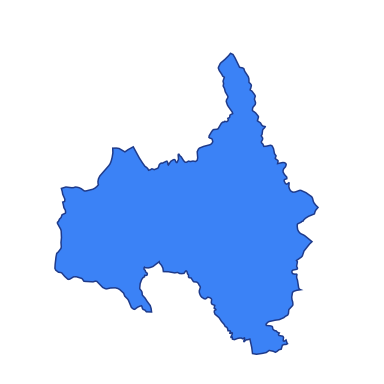 outline of Yen Bai, Yên Bái, Vietnam, rotated 13°
{"feature_id": "81297802B89523168412992", "entity_name": "Yen Bai", "entity_type": "district", "adm_level": 2, "iso_a3": "VNM", "parent_name": "Vietnam", "parent_adm1": "Yên Bái", "projection": "mercator", "projection_center": [104.898, 21.722], "detail": "fine", "context": "isolated", "style": "filled", "palette": "blue", "viewbox_px": 384, "rotation_deg": 13, "n_neighbors": 0, "source": "geoboundaries", "source_scale": "gbopen_adm2", "svg_char_len": 6056}
<svg xmlns="http://www.w3.org/2000/svg" viewBox="0 0 384 384"><g transform="rotate(13 192 192)"><path d="M319.2,318.3L318.3,317.4L316.9,315.0L315.4,316.7L314.5,316.6L314.2,315.9L313.9,313.1L313.2,312.3L312.7,312.1L308.9,312.2L308.3,311.4L308.8,309.7L307.0,309.5L305.0,308.3L303.9,308.5L302.0,307.7L301.6,307.3L300.7,305.3L300.1,304.9L298.5,304.8L294.5,305.3L294.0,304.7L294.0,303.8L295.0,302.1L296.0,301.0L301.9,298.2L305.8,296.7L309.7,293.8L310.9,292.2L312.9,290.4L313.3,288.8L312.8,284.8L315.6,279.9L315.6,278.8L314.9,276.6L313.6,274.3L312.8,271.9L312.5,267.2L313.7,265.7L316.2,264.2L319.8,262.8L318.6,262.6L317.5,261.4L314.6,254.2L313.4,252.3L312.9,250.5L312.9,249.0L312.4,248.5L310.1,249.0L308.5,248.9L307.5,248.0L307.2,247.0L307.3,246.2L308.0,245.3L311.6,243.7L311.9,243.2L311.9,242.5L310.6,240.8L310.4,236.3L309.2,235.2L313.2,230.8L313.9,229.5L314.4,224.3L318.3,216.1L320.1,213.4L312.1,209.4L310.5,208.8L307.6,208.2L306.0,207.5L304.5,206.2L303.4,204.9L302.2,201.7L301.9,199.8L302.3,199.1L305.2,196.8L305.4,196.2L306.9,195.2L307.0,194.3L308.4,192.1L311.0,189.5L316.2,185.8L316.3,183.4L316.7,181.8L318.3,178.7L315.7,177.1L313.4,175.2L312.4,174.0L310.8,170.9L309.7,169.7L303.2,167.0L297.6,165.9L296.5,166.2L292.5,168.8L290.3,169.5L287.8,168.7L286.2,167.0L285.1,164.9L284.6,161.3L284.2,161.2L283.1,162.6L282.4,163.1L281.1,162.7L279.4,160.7L279.1,159.8L279.3,159.1L281.4,157.7L281.0,156.2L278.1,154.1L276.3,152.1L275.9,150.6L276.1,148.8L277.4,146.4L277.6,144.8L277.5,143.7L276.6,142.9L275.0,142.6L273.4,143.0L269.0,145.1L268.9,142.4L268.4,141.9L266.0,140.9L265.5,140.4L265.8,137.9L263.7,136.0L261.7,131.5L259.9,129.3L259.3,128.9L257.9,128.8L254.0,130.7L251.7,131.4L250.4,129.5L248.7,128.4L248.3,127.7L248.3,127.2L248.9,125.3L248.9,124.2L248.5,123.3L246.8,121.7L247.3,120.0L246.9,116.0L247.1,115.0L248.5,112.6L248.6,111.8L246.2,111.8L244.9,111.1L243.2,109.3L239.7,107.9L239.9,104.2L239.7,103.4L236.3,100.7L234.4,99.8L233.5,99.6L232.4,98.7L232.2,96.0L233.9,92.6L233.9,91.1L233.7,90.4L231.9,87.5L232.1,84.3L231.1,83.1L227.7,80.2L225.8,79.6L225.6,78.7L225.9,77.7L225.9,75.0L225.6,74.3L224.5,73.3L222.9,72.4L222.0,69.0L221.0,67.1L216.2,62.5L214.7,60.1L213.3,59.7L210.3,59.8L203.7,51.6L201.0,48.8L198.3,48.2L197.1,50.8L194.3,55.3L191.2,59.4L190.6,60.5L189.7,64.6L189.8,65.4L191.3,67.6L194.7,70.8L195.8,72.2L197.7,72.9L197.3,77.0L198.4,79.2L198.5,81.7L200.3,83.8L201.9,86.9L205.5,90.8L205.7,92.0L204.9,94.5L205.0,96.1L206.9,99.2L208.2,100.6L213.2,105.0L214.0,106.5L211.9,108.2L211.7,108.9L211.9,110.6L211.4,111.4L210.3,112.2L211.2,113.7L210.8,114.9L210.0,115.7L207.9,115.8L207.6,116.1L207.3,116.8L206.2,117.0L205.1,118.5L203.2,124.5L202.3,125.2L199.0,126.3L198.4,126.9L197.5,128.9L196.1,133.3L196.2,135.0L197.4,135.5L199.0,135.6L199.8,136.1L200.9,138.2L200.8,139.1L200.1,140.7L198.9,141.9L193.0,145.0L189.4,147.5L188.6,148.8L188.0,151.6L189.9,157.5L189.9,159.9L189.3,160.7L188.5,161.5L186.0,161.6L183.6,162.7L181.6,162.7L179.9,164.3L178.8,164.5L178.1,164.3L176.6,163.2L173.6,160.2L172.3,159.6L170.7,158.1L170.2,158.4L170.2,159.1L171.5,163.2L170.8,166.5L170.6,166.8L169.5,166.3L168.5,164.8L167.9,164.4L167.3,164.4L166.5,164.8L164.4,166.9L162.9,171.0L162.4,170.7L161.8,168.8L160.6,167.6L160.0,167.9L156.5,170.7L155.5,170.7L154.7,171.5L154.0,172.6L153.7,175.8L153.1,176.7L150.2,178.7L147.7,178.4L146.5,179.6L144.8,180.6L143.7,179.2L142.1,178.2L140.4,177.6L137.1,174.7L133.0,170.7L124.6,161.2L120.2,165.1L117.6,168.0L111.2,166.0L108.5,166.2L104.9,167.1L106.1,171.7L106.4,176.2L106.3,179.9L105.9,182.7L105.1,184.9L98.6,197.1L97.9,200.1L98.0,202.9L98.6,205.0L99.2,206.0L98.0,208.2L96.4,210.2L94.8,211.6L88.3,214.9L86.8,215.2L83.4,213.7L80.9,213.2L78.8,213.2L77.2,213.4L75.6,214.4L73.8,214.9L68.0,215.5L63.9,217.9L65.4,220.6L66.5,223.2L69.8,227.7L70.0,229.9L68.3,230.9L70.8,236.2L72.6,238.1L73.4,240.1L73.4,241.1L70.5,243.4L70.2,246.3L69.0,248.2L68.4,251.0L67.8,251.5L67.7,251.9L68.0,252.9L72.5,257.9L73.3,259.4L75.1,265.9L75.7,270.7L77.0,274.9L77.0,276.5L75.1,280.7L74.0,282.2L74.1,285.8L74.9,293.1L75.6,297.2L76.8,298.8L79.9,300.2L82.1,300.0L83.2,300.1L87.0,302.9L90.6,304.9L91.4,304.9L92.5,304.4L95.7,301.3L98.3,300.6L103.9,301.0L104.9,301.5L106.6,303.2L107.7,303.2L115.8,301.8L117.9,300.6L119.4,300.5L126.5,305.1L129.3,305.7L130.6,305.6L134.1,303.9L137.0,303.1L138.9,302.6L141.5,302.7L143.5,303.3L148.1,305.9L149.9,308.6L153.4,310.8L154.5,311.9L158.9,318.1L160.4,318.9L161.6,319.3L162.6,319.2L164.8,316.6L166.6,315.2L168.3,314.2L168.8,314.6L169.8,316.5L170.7,317.4L172.7,317.7L174.5,319.0L179.6,318.0L178.3,314.6L176.8,312.0L172.8,308.6L170.1,305.9L166.8,303.6L165.8,300.8L164.9,299.7L163.2,298.4L162.7,297.6L162.1,293.0L162.6,288.7L163.5,286.5L164.8,285.3L164.6,283.9L166.4,283.5L166.8,283.2L166.9,282.4L166.9,281.8L166.3,281.0L165.3,280.6L164.7,280.1L164.1,279.0L162.5,277.9L162.4,276.2L162.6,275.9L163.3,276.3L166.5,275.8L168.4,274.9L170.7,273.4L175.7,267.3L176.1,268.3L178.9,270.4L180.8,272.8L182.0,276.0L187.0,275.0L193.3,274.7L196.0,273.6L198.3,274.2L200.2,273.9L202.5,273.1L203.6,270.4L204.3,270.2L204.9,270.6L206.1,272.8L207.3,273.7L207.7,275.6L208.4,276.1L210.5,276.0L213.2,278.7L214.0,279.1L216.6,278.7L217.7,279.0L218.9,279.8L219.6,280.8L221.2,282.2L221.6,283.2L221.3,286.4L221.6,287.9L222.3,289.3L223.6,291.1L225.1,292.3L227.9,293.3L229.3,293.1L231.1,290.9L233.3,291.0L234.7,291.6L235.3,292.3L235.6,295.2L236.1,296.2L236.7,296.8L239.7,297.4L239.7,300.2L240.7,300.4L241.7,301.1L241.7,301.5L240.7,302.2L240.5,303.0L240.8,304.2L241.9,305.9L246.6,308.3L249.9,311.5L253.1,313.8L254.6,315.6L256.1,315.9L257.2,316.8L258.3,319.1L260.2,318.7L260.7,319.0L260.6,321.1L261.4,321.1L262.3,320.1L263.0,320.3L263.2,321.5L262.5,324.6L262.8,324.9L263.3,324.4L263.8,324.3L264.5,326.3L266.6,326.3L269.4,324.4L271.5,323.5L273.2,323.2L274.1,323.7L276.0,322.4L276.2,322.7L276.0,325.8L276.4,326.1L278.1,323.8L279.5,323.4L281.5,322.3L285.2,330.1L287.3,335.8L291.3,335.6L296.9,333.4L300.5,331.7L302.8,329.0L307.0,328.9L309.3,329.4L310.6,328.3L312.3,326.1L314.3,325.1L314.5,321.0L316.0,319.9L317.9,319.4L319.2,318.3Z" fill="#3b82f6" stroke="#1e3a8a" stroke-width="1.5"/></g></svg>